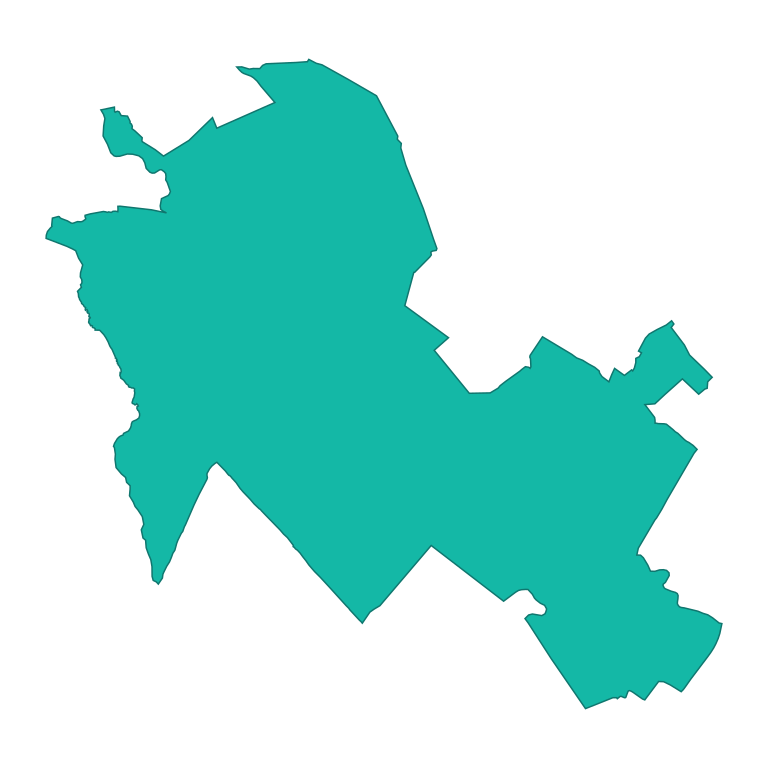 outline of Dragomiresti, Dâmbovita, Romania
{"feature_id": "2599482B73511430354191", "entity_name": "Dragomiresti", "entity_type": "district", "adm_level": 2, "iso_a3": "ROU", "parent_name": "Romania", "parent_adm1": "Dâmbovita", "projection": "equal_earth", "projection_center": [25.352, 44.9], "detail": "fine", "context": "isolated", "style": "filled", "palette": "teal", "viewbox_px": 768, "rotation_deg": 0, "n_neighbors": 0, "source": "geoboundaries", "source_scale": "gbopen_adm2", "svg_char_len": 6041}
<svg xmlns="http://www.w3.org/2000/svg" viewBox="0 0 768 768"><path d="M362.3,623.2L369.9,612.1L374.3,609.0L379.9,605.7L431.2,545.5L503.6,601.2L515.6,592.2L518.6,590.4L521.5,589.7L525.6,589.4L528.0,589.5L532.4,594.3L534.4,598.0L536.0,599.8L540.3,603.2L544.6,605.3L546.6,608.9L546.0,611.4L545.0,613.8L541.8,615.6L532.4,614.0L528.6,615.0L525.0,618.6L528.1,622.8L551.3,658.8L585.5,708.6L612.9,697.7L616.6,697.7L617.3,698.7L620.2,696.4L621.3,696.4L624.4,697.7L625.3,697.7L625.8,697.4L628.0,691.4L628.5,690.9L629.3,690.6L630.5,690.9L632.4,691.9L642.5,699.0L644.8,699.9L658.6,681.5L663.6,681.7L670.2,684.9L681.2,691.7L683.3,689.6L685.3,686.9L690.8,679.1L707.5,657.0L710.7,652.6L713.7,647.9L715.9,643.7L718.2,638.4L719.8,633.5L721.9,623.6L719.1,623.0L712.7,617.9L707.8,614.8L702.9,613.3L697.9,611.2L684.3,607.9L681.4,607.5L679.4,606.8L678.2,605.3L677.4,603.9L677.4,602.1L677.9,598.8L678.1,595.6L677.3,593.6L675.4,592.4L670.9,591.1L665.3,588.8L664.1,587.8L663.0,585.3L663.2,584.2L665.4,582.4L669.2,575.6L669.0,572.8L666.6,570.4L663.4,569.7L659.5,569.9L655.0,571.3L650.5,571.2L647.8,565.1L643.4,557.8L640.6,555.2L636.8,555.0L638.3,548.2L654.9,520.0L656.6,517.9L661.8,509.3L667.2,499.3L694.0,453.3L697.1,449.4L693.3,445.6L689.0,442.5L686.6,441.3L684.5,439.7L677.8,433.3L675.3,431.8L673.0,429.6L666.4,424.2L664.1,423.8L658.1,423.6L656.4,423.2L655.1,423.2L655.0,419.9L654.6,417.4L644.9,404.6L654.9,403.8L664.9,394.5L682.4,378.9L698.7,394.2L704.8,389.1L707.2,388.3L707.7,381.8L712.2,377.3L704.3,369.2L689.6,355.1L684.4,345.0L671.2,327.5L673.9,324.0L671.6,320.8L666.3,325.0L657.2,329.5L649.2,334.0L645.4,338.2L638.5,351.1L641.5,352.8L639.3,356.7L635.8,358.4L635.8,362.6L634.3,368.2L632.7,370.9L631.6,369.9L624.4,375.4L614.6,368.4L611.7,374.7L608.9,381.8L602.0,376.6L599.6,373.0L599.2,371.0L594.7,367.3L588.5,363.9L582.7,360.3L576.6,357.9L571.7,354.3L542.5,336.8L530.1,355.4L529.8,357.1L530.5,358.8L530.9,366.8L530.1,368.3L528.8,367.3L525.4,366.7L521.7,369.5L519.8,371.2L505.6,381.4L500.1,385.7L498.2,388.1L490.2,392.9L469.3,393.3L434.2,350.3L448.5,337.7L404.8,305.7L413.8,272.4L414.7,272.3L429.9,256.9L431.3,254.9L430.8,252.2L432.3,251.1L436.2,250.4L436.9,248.6L433.5,239.1L423.3,208.6L405.8,165.1L400.8,148.0L401.3,143.4L397.3,139.3L397.8,136.1L376.5,95.8L348.2,79.4L322.0,64.8L316.3,63.3L308.8,59.4L307.4,61.7L296.0,62.5L266.1,63.8L262.6,65.4L259.8,68.6L253.2,68.5L249.3,69.1L241.9,66.9L236.8,67.0L239.5,70.1L241.8,72.3L243.6,73.4L250.9,76.1L253.4,77.7L257.0,81.0L261.1,86.4L274.9,102.5L216.8,128.2L212.5,117.6L189.0,140.4L163.5,156.1L155.2,149.7L142.3,141.7L141.9,140.6L142.2,137.7L134.8,130.8L132.0,128.7L132.3,126.2L131.4,124.1L130.0,122.9L130.1,121.4L127.5,116.1L121.2,115.6L119.1,111.8L117.3,111.2L115.2,112.2L114.6,111.5L114.4,107.1L100.9,109.9L103.5,114.3L104.9,118.5L103.7,126.0L103.1,136.0L107.5,144.3L110.8,152.8L114.1,155.9L116.1,156.4L119.8,156.2L127.3,154.0L132.6,154.2L138.8,155.8L142.6,158.6L144.8,162.8L146.2,168.4L149.9,172.2L152.1,173.1L154.6,173.0L159.7,169.8L161.4,169.7L164.2,171.7L165.7,173.6L166.0,176.8L165.7,179.9L167.2,182.4L170.4,191.5L169.4,194.0L168.1,195.6L161.5,198.6L160.2,205.9L160.8,209.4L163.0,211.1L166.5,212.9L151.5,209.8L120.1,206.2L117.9,206.3L118.0,209.5L117.8,211.7L115.6,211.2L113.0,211.3L111.3,212.4L108.6,211.9L107.1,212.4L106.0,211.9L103.4,211.5L90.2,213.9L85.1,215.3L85.0,216.3L85.3,217.4L85.8,218.8L85.1,219.6L82.3,221.5L80.6,221.8L77.5,221.6L72.8,223.3L71.3,223.1L67.5,220.9L61.2,218.5L60.0,217.7L59.3,216.7L58.4,216.5L52.4,218.1L51.7,225.5L52.0,226.4L50.2,228.2L47.5,231.5L46.3,235.1L46.1,238.4L66.8,246.3L72.4,248.9L75.7,250.7L78.6,258.2L82.7,264.9L80.5,272.9L80.3,276.9L81.7,279.5L82.0,282.0L81.7,283.4L80.5,284.8L81.4,287.3L77.5,291.3L78.3,293.4L78.6,296.9L79.2,297.9L79.6,299.5L81.5,302.4L81.6,303.5L83.2,304.8L84.2,306.6L85.6,307.6L85.2,309.2L85.5,310.3L87.0,309.6L87.8,311.2L87.0,311.7L87.6,313.0L88.9,313.3L89.3,314.3L88.9,316.7L90.1,317.3L90.3,317.8L89.0,319.0L89.0,320.4L88.6,322.1L89.0,323.1L89.9,324.1L90.6,325.7L91.6,325.5L92.4,325.9L92.3,327.0L93.0,327.7L94.0,327.8L95.1,328.6L95.1,330.1L99.4,330.2L100.0,330.5L103.8,334.6L105.8,337.6L108.1,341.8L109.8,346.0L111.0,348.0L112.0,349.3L115.5,357.4L115.4,358.1L116.4,358.4L116.5,359.5L117.0,359.7L117.1,360.2L116.5,360.7L116.6,361.4L117.3,361.7L117.6,362.5L117.3,363.0L117.5,363.7L118.3,364.2L118.2,364.9L119.5,366.4L119.9,367.5L120.9,369.0L121.2,371.4L120.5,373.4L120.1,373.0L119.9,375.6L120.6,377.0L120.7,378.0L123.7,380.2L126.4,383.9L128.5,385.4L128.6,386.7L129.3,387.2L130.4,387.3L131.8,388.0L133.4,388.0L134.6,388.9L134.4,391.1L134.8,392.7L134.1,397.2L133.2,398.8L132.1,402.4L132.3,403.3L133.2,403.8L133.7,403.8L134.9,404.9L135.9,404.7L136.7,403.7L137.8,404.8L138.3,406.0L137.1,406.6L136.9,408.4L137.7,410.1L138.7,411.0L139.6,413.7L139.6,415.7L138.9,418.0L136.5,419.8L133.2,421.2L132.2,421.9L131.4,423.9L131.2,425.8L130.4,428.1L128.5,431.0L123.6,433.4L122.9,435.2L121.4,435.6L119.4,436.7L117.4,438.6L114.5,443.4L113.5,446.4L114.4,447.5L115.4,454.2L115.0,459.3L116.1,467.6L121.4,473.9L125.6,477.5L126.6,482.3L130.1,485.7L130.1,489.1L129.5,495.8L133.3,502.1L135.1,506.5L137.9,509.9L142.3,516.6L143.8,524.4L141.3,529.8L143.0,538.0L145.6,540.2L146.2,547.8L148.4,554.0L150.8,559.6L152.0,566.7L152.1,576.4L153.2,580.4L156.3,581.9L158.3,584.1L162.4,578.1L162.9,574.3L163.6,572.6L166.7,566.3L169.5,561.9L171.3,557.6L172.8,553.4L174.9,550.1L176.7,543.3L177.9,540.2L181.0,533.9L181.8,532.6L182.7,531.6L184.4,526.7L185.4,524.9L194.1,504.8L199.1,494.3L206.9,479.4L207.4,477.7L207.0,475.4L207.0,473.5L209.6,468.8L211.8,466.1L215.1,463.3L216.9,462.3L225.4,471.0L227.7,474.0L228.9,475.3L229.9,475.7L231.0,476.8L231.8,477.9L236.1,482.6L240.1,488.4L243.1,491.9L250.1,499.2L254.1,503.9L259.4,508.9L260.4,509.4L261.3,510.6L265.4,514.9L280.1,530.0L283.6,534.1L287.4,537.6L293.3,545.3L293.1,546.4L293.4,546.9L294.2,547.2L295.5,548.9L297.4,550.2L300.1,553.1L302.8,556.8L305.9,560.7L308.9,565.0L314.5,571.5L320.2,577.2L328.7,586.4L346.1,605.6L348.8,608.3L349.7,609.7L359.7,620.5L360.6,621.2L362.3,623.2Z" fill="#14b8a6" stroke="#0f766e" stroke-width="1.5"/></svg>